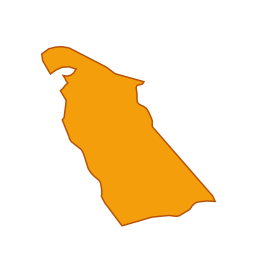 SVG path tracing the border of Clarendon, rotated 163°
{"feature_id": "JAM-1370", "entity_name": "Clarendon", "entity_type": "Parish", "adm_level": 1, "iso_a3": "JAM", "parent_name": "Jamaica", "parent_adm1": "", "projection": "robinson", "projection_center": [-77.269, 17.954], "detail": "fine", "context": "isolated", "style": "filled", "palette": "amber", "viewbox_px": 256, "rotation_deg": 163, "n_neighbors": 0, "source": "natural_earth", "source_scale": "10m", "svg_char_len": 1212}
<svg xmlns="http://www.w3.org/2000/svg" viewBox="0 0 256 256"><g transform="rotate(163 128 128)"><path d="M188.5,155.0L186.1,156.6L180.5,169.0L179.1,172.5L181.7,183.5L179.2,184.6L174.9,187.5L172.4,188.6L173.3,190.7L173.9,194.7L174.7,197.2L171.0,195.4L167.3,195.2L163.8,196.6L160.4,199.6L166.5,203.7L172.8,205.3L179.5,204.7L186.4,202.3L189.9,217.2L188.9,224.0L180.5,226.9L173.3,226.5L166.9,224.9L160.6,221.5L130.7,192.3L124.5,183.7L99.2,167.6L100.2,166.6L100.9,166.1L101.9,165.7L104.9,166.1L106.0,166.1L106.9,165.9L107.6,165.3L108.2,164.6L108.6,163.6L109.3,158.7L111.3,151.4L111.5,150.1L111.1,148.8L110.4,147.4L106.4,143.7L104.8,141.4L104.2,139.7L103.6,137.3L102.9,131.9L102.7,129.3L102.8,127.4L103.8,124.3L104.3,122.0L66.9,38.2L66.1,32.3L74.1,35.2L82.9,36.8L84.4,36.8L86.0,36.5L88.4,35.3L89.7,34.6L92.1,32.5L93.0,32.0L104.6,29.1L106.0,29.2L107.8,29.5L114.4,32.4L131.2,35.8L162.3,36.2L172.1,63.3L173.4,70.3L172.2,73.1L171.2,76.8L170.4,82.5L170.5,84.5L170.8,85.9L172.2,88.3L172.7,89.0L174.7,92.2L176.6,96.1L177.4,98.7L177.9,100.7L178.0,114.5L178.2,117.5L178.6,119.8L179.0,120.9L179.5,121.8L186.2,131.5L186.7,133.2L187.1,134.9L186.9,136.2L188.5,155.0Z" fill="#f59e0b" stroke="#b45309" stroke-width="1.5"/></g></svg>